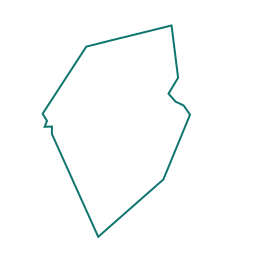 outline of Edmonson, Kentucky, United States of America, rotated 249°
{"feature_id": "52423323B80826277411583", "entity_name": "Edmonson", "entity_type": "district", "adm_level": 2, "iso_a3": "USA", "parent_name": "United States of America", "parent_adm1": "Kentucky", "projection": "natural_earth1", "projection_center": [-86.22, 37.197], "detail": "fine", "context": "isolated", "style": "outline", "palette": "teal", "viewbox_px": 256, "rotation_deg": 249, "n_neighbors": 0, "source": "geoboundaries", "source_scale": "gbopen_adm2", "svg_char_len": 360}
<svg xmlns="http://www.w3.org/2000/svg" viewBox="0 0 256 256"><g transform="rotate(249 128 128)"><path d="M37.1,61.2L67.3,142.6L118.2,190.7L129.1,188.0L135.5,181.9L145.5,178.1L157.0,192.8L191.1,201.2L208.1,205.4L215.8,144.1L218.9,118.2L171.9,53.4L163.6,54.9L159.0,50.6L156.6,57.5L149.6,54.8L37.1,61.2Z" fill="none" stroke="#0f766e" stroke-width="2"/></g></svg>